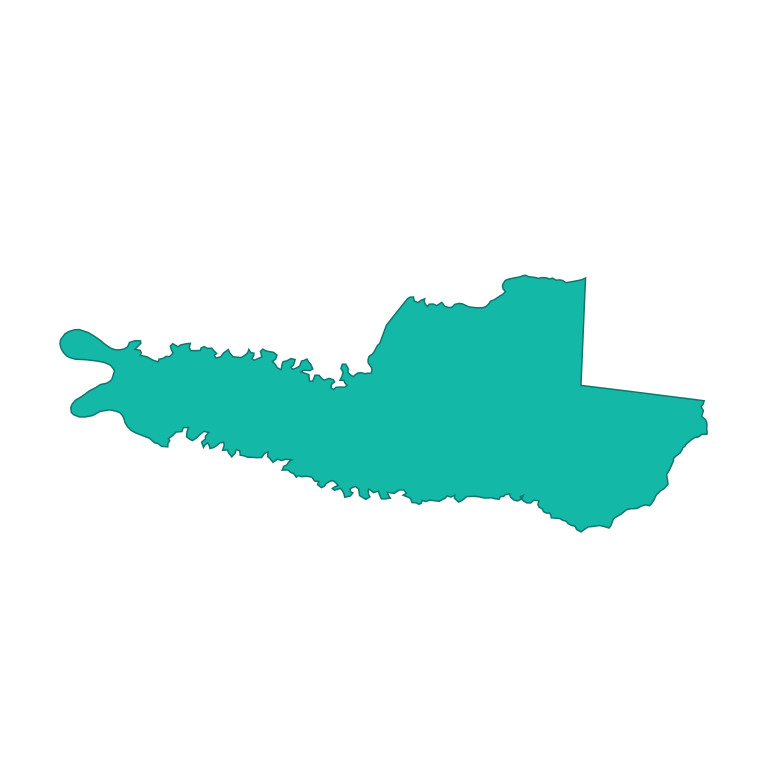 Céu Azul, Paraná, Brazil (Equal Earth projection), rotated 96°
{"feature_id": "56859067B11334250771676", "entity_name": "Céu Azul", "entity_type": "district", "adm_level": 2, "iso_a3": "BRA", "parent_name": "Brazil", "parent_adm1": "Paraná", "projection": "equal_earth", "projection_center": [-53.75, -25.288], "detail": "fine", "context": "isolated", "style": "filled", "palette": "teal", "viewbox_px": 768, "rotation_deg": 96, "n_neighbors": 0, "source": "geoboundaries", "source_scale": "gbopen_adm2", "svg_char_len": 5838}
<svg xmlns="http://www.w3.org/2000/svg" viewBox="0 0 768 768"><g transform="rotate(96 384 384)"><path d="M466.5,606.0L466.7,602.8L469.3,598.7L469.1,592.4L465.7,592.7L462.8,591.2L460.7,592.7L458.4,589.8L453.5,585.6L452.4,579.9L448.4,579.1L447.7,573.8L451.8,574.9L457.1,574.9L459.3,571.4L460.3,568.5L457.1,564.7L453.6,561.9L449.9,558.1L450.6,553.3L454.6,556.2L457.3,555.8L460.9,559.3L465.9,556.9L463.5,555.8L460.9,553.3L463.8,551.2L466.3,550.4L464.9,546.5L461.8,543.0L459.9,541.3L458.7,537.4L461.5,536.5L466.8,537.6L465.9,532.7L468.4,531.6L472.4,527.8L468.5,524.9L464.5,524.0L465.7,520.4L469.8,519.6L470.0,516.1L471.1,511.5L470.7,507.7L470.6,502.9L469.9,498.0L465.5,495.5L463.7,492.2L468.2,492.2L470.1,489.6L473.5,486.2L469.8,482.0L470.9,478.0L469.2,474.2L469.0,467.8L471.4,470.4L474.9,472.5L476.3,475.0L480.3,476.3L479.5,470.7L481.5,467.8L482.8,464.1L485.9,461.5L484.1,459.6L484.8,456.4L483.8,451.6L484.2,446.0L487.8,442.8L487.8,438.6L491.0,439.6L493.6,435.5L492.3,433.0L489.0,431.0L486.7,428.2L485.4,425.0L486.7,422.3L489.7,419.0L491.4,422.1L493.3,424.5L494.9,422.1L492.3,416.3L495.3,413.6L497.5,412.3L500.7,411.2L499.0,405.9L495.6,403.6L494.5,406.2L491.7,406.7L490.1,404.3L488.9,401.6L490.9,398.4L497.5,396.6L500.7,390.0L497.7,386.2L495.7,387.6L492.3,388.6L490.1,388.4L491.4,385.7L493.1,383.1L491.1,378.5L494.6,376.9L498.5,374.6L498.1,370.5L496.8,365.8L494.0,368.2L491.4,369.3L491.7,362.5L487.8,357.6L487.2,353.3L490.3,350.4L492.6,353.4L493.7,349.3L495.0,345.7L499.0,343.7L498.8,339.5L500.0,336.8L498.7,334.5L495.7,333.8L496.6,330.5L494.7,326.3L494.8,320.7L494.9,316.8L492.6,313.6L491.2,311.3L488.7,309.5L489.5,305.6L487.2,302.1L490.1,302.1L493.7,297.5L491.5,294.1L489.5,292.0L487.4,290.1L486.8,286.4L486.2,282.4L486.3,276.9L486.9,273.1L486.5,268.6L485.9,265.4L486.5,261.6L486.6,257.5L483.8,256.5L483.4,253.4L481.4,251.7L480.1,247.7L483.2,246.4L486.0,242.4L486.3,238.9L484.0,235.2L485.9,232.7L487.3,229.4L487.0,225.7L483.8,222.8L484.0,217.8L488.0,218.3L490.3,216.9L491.7,213.5L494.3,211.9L495.4,208.8L495.2,205.6L497.2,204.3L499.6,203.7L499.5,200.2L499.4,195.2L500.8,192.1L501.5,188.4L503.7,186.2L505.0,182.9L505.5,179.1L508.6,177.2L510.5,172.7L506.9,168.5L504.8,166.1L504.0,161.9L502.2,154.9L502.6,151.0L503.7,145.1L501.2,143.6L494.5,141.8L492.4,139.9L488.4,134.3L483.7,129.7L482.3,125.8L481.9,122.7L481.3,119.4L478.5,115.2L476.9,111.3L477.3,107.2L475.4,105.6L472.0,103.8L465.7,101.5L461.6,98.0L458.5,94.3L454.0,91.1L450.6,91.8L447.6,92.7L444.2,93.4L440.0,91.3L436.2,90.0L430.5,88.2L427.4,88.1L424.8,85.8L421.7,82.3L419.0,81.0L416.2,80.2L414.6,78.4L411.9,77.0L409.6,74.6L407.1,72.3L404.6,69.0L403.8,65.7L400.9,62.7L400.1,57.5L397.7,57.7L394.9,58.4L392.0,58.4L388.3,59.1L385.8,60.6L383.1,64.7L380.5,64.3L377.3,63.5L373.3,66.3L370.8,64.6L367.2,63.8L365.5,145.7L364.8,188.0L329.0,190.2L271.7,193.8L257.5,194.6L259.7,198.4L260.9,202.1L262.0,205.8L263.4,210.6L264.2,213.8L262.3,217.2L262.1,220.4L262.8,223.5L261.1,227.5L262.4,230.7L261.4,233.2L261.6,238.2L262.8,241.3L262.2,245.4L262.2,251.2L261.0,254.9L262.0,257.6L263.3,260.2L264.7,265.1L266.9,271.6L268.3,274.2L272.6,276.4L274.9,276.3L277.2,275.3L279.4,272.9L282.2,275.1L284.3,277.9L288.7,283.1L290.5,286.8L293.2,288.1L295.9,290.2L297.8,293.7L298.5,298.7L298.5,304.1L298.4,307.8L297.3,311.0L296.1,314.5L296.0,317.8L297.4,322.0L300.5,324.3L301.2,327.6L300.4,331.7L296.8,335.0L300.5,339.7L299.3,343.5L299.9,347.3L302.4,349.0L300.7,350.9L297.7,352.8L295.0,352.4L296.9,356.0L299.5,358.7L298.2,362.7L294.4,363.7L294.9,367.2L296.8,369.6L325.2,387.7L344.1,392.5L346.3,394.5L353.5,397.4L355.8,399.0L358.0,401.7L361.2,402.4L364.5,402.0L367.3,399.7L369.2,398.0L371.7,397.4L374.7,398.0L375.0,401.5L375.8,404.3L375.1,407.3L375.8,411.2L378.0,413.7L379.9,415.2L378.7,417.9L376.4,421.0L372.2,421.3L368.3,424.2L368.7,427.5L373.1,428.5L376.5,425.9L380.8,426.6L385.0,428.2L384.5,424.4L387.4,422.7L388.9,420.5L391.3,422.7L391.6,427.4L392.3,431.4L394.9,433.6L393.3,436.2L389.8,436.2L387.1,433.3L384.9,435.1L384.2,439.4L386.5,444.0L384.2,447.5L382.1,449.5L382.5,453.5L388.8,455.3L388.8,458.4L385.9,459.1L382.6,459.6L381.5,464.1L380.6,467.8L378.6,465.4L378.5,459.3L376.5,456.4L371.9,459.0L369.8,461.4L367.2,463.3L368.8,465.7L369.8,468.4L372.4,469.1L374.7,469.6L377.0,472.4L378.9,476.3L377.0,478.5L374.5,475.9L369.0,474.9L368.4,479.2L371.2,483.2L372.3,486.7L375.5,487.5L380.6,487.8L378.9,492.0L376.1,494.0L373.2,497.3L370.6,494.4L366.4,493.5L364.1,497.0L363.5,504.5L362.0,508.3L364.5,510.3L367.0,509.3L369.9,508.3L371.9,512.2L374.0,515.7L372.3,518.0L369.2,516.4L366.9,516.6L366.8,519.6L363.8,522.1L366.0,522.5L368.1,523.5L370.1,525.5L372.6,528.7L372.7,532.4L372.6,537.1L369.4,540.5L366.0,542.4L370.0,546.9L373.9,549.1L375.8,553.9L373.3,555.8L371.2,553.6L368.5,556.9L366.3,559.0L367.1,563.2L365.6,566.9L367.5,569.8L369.8,570.1L370.6,575.6L371.0,579.7L367.9,581.5L363.8,580.8L364.6,584.7L365.5,587.6L366.5,590.6L368.5,592.7L366.0,598.3L368.6,600.5L372.6,598.8L375.0,597.0L379.0,599.7L379.4,603.8L381.4,606.0L382.8,610.2L385.6,611.0L384.4,616.4L381.7,622.5L381.0,629.4L378.3,628.6L375.9,630.1L375.6,635.3L371.7,632.3L369.0,630.1L366.5,630.7L366.9,635.8L369.2,641.4L373.9,642.9L376.3,646.1L377.6,650.1L378.1,654.4L376.9,659.7L373.6,665.8L370.1,670.9L366.4,677.8L363.8,683.3L361.7,692.8L362.5,697.7L364.7,702.8L367.4,706.5L373.8,710.3L377.8,710.5L382.2,709.0L386.0,706.3L389.2,702.6L390.5,699.7L391.6,693.5L391.0,683.1L391.1,673.3L391.7,664.8L393.8,658.1L397.2,654.7L399.4,653.4L407.9,655.2L409.9,656.8L412.2,659.9L414.2,666.0L417.7,670.3L421.6,676.3L427.6,682.8L432.4,689.2L436.8,692.1L440.3,693.1L445.0,691.9L446.9,689.6L448.6,683.7L448.1,678.0L445.8,670.4L440.8,663.2L438.4,654.2L439.0,648.3L440.1,643.7L442.7,640.8L445.9,638.9L449.7,637.4L453.3,634.6L456.6,630.5L458.7,625.6L462.5,611.5L466.5,606.0ZM484.0,235.2L481.8,236.6L480.1,233.8L484.0,235.2Z" fill="#14b8a6" stroke="#0f766e" stroke-width="1.5"/></g></svg>